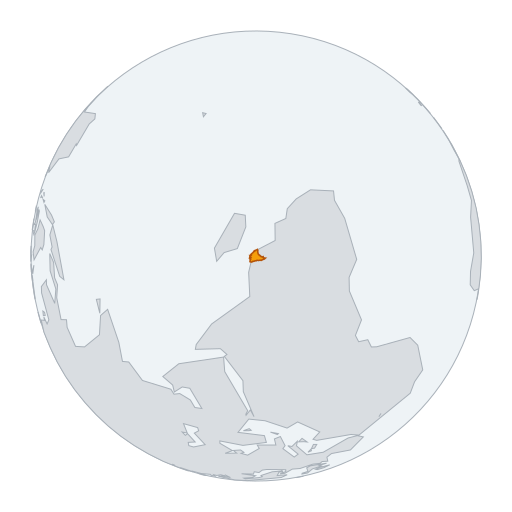 globe centered on Nampula, rotated 189°
{"feature_id": "MOZ-1200", "entity_name": "Nampula", "entity_type": "Province", "adm_level": 1, "iso_a3": "MOZ", "parent_name": "Mozambique", "parent_adm1": "", "projection": "orthographic", "projection_center": [39.254, -15.162], "detail": "fine", "context": "on_globe", "style": "filled", "palette": "amber", "viewbox_px": 512, "rotation_deg": 189, "n_neighbors": 0, "source": "natural_earth", "source_scale": "10m", "svg_char_len": 8730}
<svg xmlns="http://www.w3.org/2000/svg" viewBox="0 0 512 512"><g transform="rotate(189 256 256)"><circle cx="256" cy="256" r="225" fill="#eef3f6" stroke="#a8b0b8"/><path d="M30.9,247.4L30.8,248.6L30.7,254.8L30.9,247.4ZM30.7,255.1L30.9,254.7L30.9,258.5L35.0,255.9L39.9,261.0L41.7,274.3L41.4,293.1L50.1,327.9L51.9,344.6L58.5,358.7L70.4,381.4L70.7,383.8L76.9,391.5L82.2,398.8L84.1,401.6L89.8,408.0L90.9,409.3L79.9,396.5L69.8,382.8L60.8,368.5L52.9,353.5L46.1,337.9L40.6,321.9L36.2,305.5L33.1,288.9L31.3,272.0L30.7,255.1ZM92.2,410.7L94.1,412.6L102.4,420.8L92.2,410.7ZM105.9,424.0L110.9,428.3L120.7,436.1L124.7,438.9L125.5,439.6L128.4,441.6L131.3,443.6L131.0,443.4L118.1,434.1L105.9,424.0ZM131.9,444.0L132.1,444.1L125.9,439.8L129.9,441.9L134.6,445.4L132.5,444.4L131.9,444.0ZM119.1,433.6L115.8,430.2L117.0,430.8L119.5,433.2L119.1,433.6ZM294.2,34.0L294.7,34.1L302.9,35.9L304.0,36.8L305.8,37.2L305.9,36.6L295.9,34.3L295.5,34.2L299.6,35.0L299.9,35.0L299.6,35.0L315.6,38.7L331.2,43.7L346.5,49.7L361.3,56.8L375.5,65.0L389.0,74.2L401.9,84.4L414.0,95.4L425.3,107.3L435.6,120.0L445.0,133.5L453.5,147.5L458.1,159.2L454.9,159.3L456.0,162.6L451.7,156.2L450.6,160.5L462.0,186.0L463.2,192.2L459.3,199.7L458.4,194.8L447.4,177.7L448.5,192.0L457.0,209.1L460.1,226.2L454.9,218.0L451.5,203.0L447.5,196.5L446.3,183.6L438.6,162.7L433.2,163.4L431.4,156.0L420.1,138.5L411.1,139.4L398.3,153.7L400.2,172.9L394.2,180.1L378.0,149.3L371.4,131.0L365.1,131.4L348.7,115.3L319.2,111.1L315.4,106.7L309.8,108.2L298.3,103.5L292.7,96.8L285.6,96.9L300.7,115.0L308.4,115.1L315.4,108.9L318.1,115.5L329.2,122.4L315.4,137.5L272.2,151.1L268.8,136.9L240.0,101.9L241.3,98.2L241.2,97.8L240.9,97.1L237.5,103.1L232.8,97.0L247.3,120.0L249.4,130.8L271.6,151.9L269.3,154.2L276.7,158.9L301.3,154.3L301.2,159.2L289.2,181.9L255.8,215.0L260.7,238.7L259.2,259.7L239.5,274.3L242.4,291.2L232.4,297.7L232.5,307.6L225.2,318.7L212.5,329.9L189.6,332.4L187.2,323.3L174.3,307.1L156.0,268.4L160.7,249.4L158.3,236.0L141.8,209.4L145.4,193.1L141.2,187.4L132.5,190.8L127.8,184.2L122.6,185.2L91.1,199.6L82.3,193.2L73.5,169.6L79.7,156.6L82.2,144.6L126.3,95.2L134.2,94.6L167.2,83.4L171.0,83.9L165.5,92.2L188.9,98.6L198.4,90.9L221.3,94.7L237.6,93.8L246.2,79.0L219.6,79.9L216.6,73.5L239.3,66.9L262.8,67.7L262.4,65.4L248.9,60.1L255.6,56.3L244.3,58.3L247.9,60.4L240.9,62.0L237.2,60.2L239.8,58.7L233.1,58.0L222.7,66.4L225.2,69.5L206.8,72.4L209.2,78.2L203.7,81.5L197.6,73.2L199.3,69.9L186.8,63.4L183.4,66.9L194.9,73.6L190.7,73.5L186.2,79.5L186.3,74.8L174.6,67.6L158.9,72.7L136.5,90.7L127.9,94.4L121.7,94.1L132.4,79.2L150.5,72.7L154.5,68.4L153.0,64.6L158.6,63.3L160.2,61.3L167.3,59.3L179.3,53.0L186.8,51.2L193.5,45.9L198.3,44.5L192.9,47.8L193.2,49.6L212.1,46.8L216.3,45.5L219.2,42.6L224.0,42.6L224.4,40.2L236.2,38.7L222.1,38.9L225.1,36.6L233.3,34.7L231.8,34.2L218.4,37.6L215.3,39.0L216.7,40.0L206.2,45.4L199.2,47.1L200.7,42.5L191.0,44.8L196.4,41.2L229.3,32.8L242.0,31.5L258.7,32.6L254.6,33.4L246.6,33.2L252.1,34.9L252.6,34.0L256.6,34.4L260.5,33.1L263.5,33.4L262.0,32.1L266.2,32.4L267.0,33.2L276.3,32.6L285.5,33.6L286.1,33.4L284.2,33.0L297.1,35.1L297.0,34.9L292.7,34.1L289.7,33.4L289.6,33.2L294.2,34.0ZM109.5,116.5L107.9,120.1L109.5,116.5ZM286.8,77.4L301.4,79.1L296.2,70.4L301.4,70.6L297.7,67.8L295.8,69.8L287.0,62.8L293.8,61.3L292.7,58.2L287.8,57.6L276.7,61.7L289.2,71.4L285.3,74.4L286.8,77.4ZM162.1,54.6L163.8,54.7L160.0,57.1L150.5,61.3L155.9,57.5L162.1,54.6ZM167.0,54.5L171.1,49.8L177.1,47.6L173.1,49.5L176.7,48.5L171.0,51.4L172.8,54.7L169.6,57.2L153.9,62.4L160.8,59.0L158.7,58.8L167.0,54.5ZM181.6,43.4L180.5,43.8L174.7,45.9L181.6,43.4ZM176.4,80.3L179.6,80.1L184.8,79.1L182.0,83.1L176.4,80.3ZM168.1,75.4L171.1,74.4L169.8,78.9L166.5,79.4L168.1,75.4ZM174.0,70.3L171.4,74.0L170.8,72.3L174.0,70.3ZM195.8,47.0L199.2,46.2L199.1,46.8L196.7,48.1L195.8,47.0ZM241.1,81.5L235.7,84.4L233.5,83.1L235.8,82.3L241.1,81.5ZM206.9,83.0L214.2,84.3L206.1,84.1L206.9,83.0ZM329.7,385.3L331.1,389.2L327.6,388.9L329.7,385.3ZM298.3,257.3L283.9,294.8L273.0,294.6L270.6,283.2L275.6,260.4L288.0,254.4L294.0,244.6L298.3,257.3ZM474.6,281.7L475.5,285.1L475.2,286.0L474.6,281.7ZM473.8,275.7L475.2,278.7L473.2,277.5L473.8,275.7ZM475.7,279.9L477.0,280.6L477.7,280.2L477.3,282.1L475.7,279.9ZM472.7,274.0L464.4,264.5L460.5,258.2L462.0,255.2L468.3,261.9L472.7,274.0ZM461.6,254.9L454.9,239.1L442.0,202.5L446.7,205.2L459.5,230.3L458.8,233.0L462.9,244.5L461.6,254.9ZM475.7,248.7L474.9,257.9L470.8,251.8L468.7,247.9L467.3,234.0L468.1,228.6L470.0,230.7L474.6,217.5L476.8,225.2L476.1,231.6L477.7,242.1L475.7,248.7ZM401.3,175.0L406.9,188.2L403.3,189.2L401.3,175.0ZM474.4,206.5L473.9,212.2L473.7,203.4L474.4,206.5ZM472.9,197.5L474.0,202.0L472.4,196.5L472.9,197.5ZM457.9,168.3L456.0,167.3L454.9,164.3L456.7,163.8L457.9,168.3ZM457.8,155.9L461.6,164.1L462.6,166.6L459.9,160.5L457.8,155.9ZM275.9,31.6L275.0,31.6L279.3,32.3L270.7,31.4L271.9,31.3L275.9,31.6ZM428.7,400.6L430.0,399.1L439.6,386.4L438.3,387.9L443.0,381.5L439.5,386.0L445.0,377.5L448.0,371.4L436.9,371.5L436.6,366.2L441.4,360.3L450.5,337.2L451.1,338.6L456.6,324.6L465.8,321.1L473.9,305.9L473.6,312.5L476.7,301.2L472.9,316.7L468.1,331.9L462.2,346.7L455.3,361.0L447.4,374.8L438.5,388.1L428.7,400.6ZM476.6,288.8L478.5,284.5L478.7,285.8L476.6,288.8ZM480.8,265.6L480.6,267.9L480.6,264.7L480.8,265.6ZM480.8,271.4L480.8,267.5L481.0,265.6L480.8,270.8L480.8,271.4ZM478.5,245.8L478.8,252.8L480.1,252.3L479.1,255.3L479.3,267.5L478.7,270.6L478.7,257.5L477.6,268.0L477.0,266.3L477.3,255.9L478.2,245.8L478.8,242.5L480.7,246.5L478.5,245.8ZM481.2,258.2L481.1,250.3L481.1,246.4L481.2,251.1L481.2,258.2ZM479.7,230.9L478.1,220.6L477.7,221.3L477.5,215.2L479.3,226.0L479.7,230.9ZM476.7,211.9L476.5,212.4L476.1,208.4L476.7,211.9ZM475.8,209.3L474.6,203.8L475.4,206.2L475.8,209.3ZM477.1,213.2L475.4,204.8L476.7,210.8L477.1,213.2ZM471.5,191.6L475.0,203.6L472.2,195.3L467.3,178.7L468.1,180.3L471.5,191.6Z" fill="#d9dde1" stroke="#a8b0b8" stroke-width="1"/><path d="M260.9,249.5L261.0,249.7L261.1,249.8L260.9,250.0L261.0,250.3L261.1,250.9L261.2,251.0L261.3,251.2L261.3,251.3L261.3,251.5L261.1,251.8L261.2,252.0L260.9,252.1L261.0,252.2L261.0,252.3L261.1,252.5L261.2,252.4L261.3,252.2L261.5,252.2L261.6,252.3L261.6,252.5L261.6,252.8L261.4,252.9L261.3,253.2L261.2,253.2L261.2,253.3L261.3,253.3L261.2,253.4L261.3,253.4L261.2,253.6L261.3,253.6L261.5,253.2L261.8,253.0L262.0,253.2L262.0,253.3L261.8,253.5L261.7,253.5L261.8,253.6L262.0,253.5L261.9,253.9L262.0,254.0L262.0,254.5L261.8,254.7L261.6,254.9L261.5,255.0L261.4,255.0L261.3,254.8L261.3,255.0L261.6,255.1L261.8,255.3L261.7,255.3L261.4,255.3L261.4,255.5L261.5,255.7L261.4,255.7L261.2,255.8L260.9,255.8L260.8,256.0L261.0,256.1L261.3,256.1L261.4,256.3L261.4,256.5L261.2,256.7L261.2,256.8L261.1,257.0L261.0,257.3L260.8,257.5L260.7,257.4L260.7,257.5L260.4,257.8L260.2,258.2L259.4,259.0L259.2,259.2L259.1,259.3L259.3,259.2L259.3,259.3L259.2,259.6L258.9,260.0L258.7,260.2L258.4,260.2L258.3,260.3L258.1,260.4L258.0,260.5L258.1,260.8L258.3,261.0L258.1,261.1L257.9,261.0L257.8,261.3L257.7,261.3L257.4,261.5L257.2,261.7L257.1,261.8L256.4,262.1L255.8,262.5L255.7,262.7L255.4,262.4L255.3,262.2L255.2,261.9L255.0,261.7L255.1,261.4L255.2,261.1L255.1,260.9L255.0,260.7L254.9,260.5L254.8,260.4L254.7,260.1L254.7,259.9L254.8,259.8L254.8,259.7L254.7,259.5L254.6,259.4L254.5,259.2L254.4,259.0L254.4,258.9L254.3,258.6L254.2,258.5L254.2,258.4L254.0,258.2L253.9,258.2L253.6,258.0L253.4,257.9L253.3,257.7L253.2,257.6L252.9,257.5L252.9,257.4L252.7,257.3L252.7,257.2L252.3,257.2L252.1,257.2L251.9,257.0L251.9,256.9L251.8,256.7L251.7,256.7L251.3,256.5L251.2,256.5L251.1,256.3L250.9,256.3L250.7,256.1L250.4,256.2L250.2,256.3L249.9,256.3L249.8,256.2L249.6,256.1L249.5,255.9L249.4,255.9L249.3,256.0L249.2,256.1L248.9,256.3L248.9,256.2L248.7,256.1L248.6,255.8L248.5,255.7L248.4,255.6L248.3,255.4L246.4,255.4L246.6,255.2L246.8,254.9L246.9,254.7L247.0,254.5L247.2,254.4L247.3,254.4L247.4,254.2L247.6,254.2L247.8,254.0L248.1,253.8L248.3,253.9L248.7,253.6L248.9,253.5L249.0,253.4L249.1,253.2L249.3,253.0L249.6,253.0L249.8,252.9L249.8,252.7L250.0,252.5L250.3,252.5L250.4,252.4L250.5,252.4L250.8,252.5L251.0,252.6L251.9,252.3L252.1,252.2L252.6,252.0L252.8,251.9L253.1,251.9L253.2,252.0L253.3,252.0L253.8,252.0L254.0,251.9L254.4,251.9L254.6,251.7L254.8,251.6L255.1,251.5L255.2,251.4L255.3,251.3L255.3,251.2L255.6,251.2L255.8,251.2L256.0,251.1L256.3,251.0L256.4,250.9L256.6,250.9L256.8,250.8L256.8,250.7L257.0,250.5L257.2,250.4L257.3,250.4L257.5,250.4L257.9,250.2L258.1,250.1L258.3,250.2L258.6,249.8L258.7,249.7L258.8,249.7L259.0,249.5L259.2,249.4L259.3,249.3L259.5,249.3L259.8,249.4L260.1,249.3L260.3,249.3L260.5,249.3L260.6,249.5L260.8,249.6L260.9,249.5ZM258.5,260.4L258.6,260.5L258.5,260.8L258.4,260.9L258.2,260.8L258.1,260.7L258.3,260.4L258.5,260.4Z" fill="#f59e0b" stroke="#b45309" stroke-width="1.5"/></g></svg>